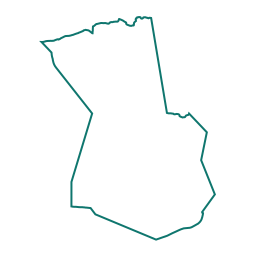 Naranjito, Santa Bárbara, Honduras (Mercator projection), rotated 271°
{"feature_id": "27666195B85306984826486", "entity_name": "Naranjito", "entity_type": "district", "adm_level": 2, "iso_a3": "HND", "parent_name": "Honduras", "parent_adm1": "Santa Bárbara", "projection": "mercator", "projection_center": [-88.571, 14.974], "detail": "fine", "context": "isolated", "style": "outline", "palette": "teal", "viewbox_px": 256, "rotation_deg": 271, "n_neighbors": 0, "source": "geoboundaries", "source_scale": "gbopen_adm2", "svg_char_len": 5082}
<svg xmlns="http://www.w3.org/2000/svg" viewBox="0 0 256 256"><g transform="rotate(271 128 128)"><path d="M97.1,201.7L125.1,206.9L143.5,188.8L143.1,188.7L142.7,188.5L142.4,188.3L142.3,188.2L142.2,188.1L142.1,187.9L142.1,187.7L142.0,187.4L141.9,187.1L141.6,186.1L141.4,185.8L141.1,185.6L140.7,185.3L140.4,185.1L140.1,184.9L139.9,184.7L139.8,184.4L139.7,183.7L139.7,183.2L139.5,182.3L140.1,180.9L140.1,180.6L140.4,180.0L140.8,179.4L141.5,179.3L142.0,179.1L142.5,178.6L142.8,177.7L142.9,176.3L142.7,175.4L142.5,174.6L142.6,173.7L143.0,173.1L143.2,172.7L143.2,171.8L143.4,170.7L143.4,168.9L143.4,168.3L143.5,167.8L143.7,166.7L143.8,166.6L144.1,166.6L238.4,149.2L238.5,148.7L238.5,148.1L238.6,147.8L238.5,147.5L238.5,147.4L238.5,147.2L238.4,147.1L238.2,146.5L238.1,146.4L238.2,146.1L238.3,145.8L238.4,145.6L238.5,145.4L238.6,145.1L238.6,144.9L238.6,144.5L238.7,144.3L238.8,144.2L238.9,143.9L238.9,143.7L239.0,143.5L239.0,143.1L239.0,142.7L239.0,142.2L238.9,142.0L238.9,141.8L238.8,141.6L238.7,141.5L238.7,141.4L238.4,141.2L238.2,141.1L238.0,140.8L237.8,140.6L237.7,140.4L237.6,140.1L237.6,139.8L237.6,139.7L237.8,139.2L238.1,138.9L238.3,138.7L238.6,138.6L238.8,138.6L239.0,138.3L239.0,138.2L239.1,137.9L239.1,137.7L239.1,137.3L239.1,136.9L239.0,136.3L238.9,135.9L238.8,135.4L238.7,135.4L238.7,135.2L238.1,134.7L237.9,134.6L237.8,134.3L237.7,134.3L237.7,134.2L237.4,134.0L237.2,133.9L236.9,133.8L236.6,133.8L236.3,133.9L236.0,134.0L235.6,134.0L235.2,134.1L235.0,133.8L234.7,133.5L234.1,132.9L233.7,132.5L233.5,132.4L233.3,132.3L233.1,132.2L232.9,132.2L232.7,132.2L232.3,132.1L232.0,132.1L231.5,132.1L231.2,132.1L230.9,132.0L230.7,131.9L230.6,131.7L230.7,131.4L230.7,131.1L230.7,130.9L230.5,130.5L230.3,129.9L230.2,129.6L230.2,129.4L230.2,129.1L230.2,128.7L230.3,128.3L230.3,128.0L230.5,127.5L231.3,125.3L231.4,125.2L231.5,125.0L231.6,124.8L231.7,124.7L231.8,124.6L232.0,124.5L232.2,124.4L232.5,124.3L232.8,124.3L233.1,124.3L233.3,124.3L233.4,124.2L233.5,124.1L233.6,123.9L233.8,123.7L234.1,122.9L234.3,122.6L234.5,122.3L234.9,121.7L235.1,121.4L235.2,121.2L235.4,120.9L236.1,119.3L236.5,118.2L236.7,117.7L236.8,117.4L236.8,117.2L236.7,117.1L236.4,117.0L235.6,116.8L235.4,116.7L235.1,116.6L234.8,116.4L234.7,116.3L234.6,116.2L234.4,116.0L234.3,115.9L234.3,115.7L234.2,115.5L234.1,115.2L234.1,114.9L234.2,114.5L234.2,114.2L234.1,113.4L234.0,112.8L234.0,112.3L233.9,111.8L233.9,111.6L233.8,111.4L233.7,111.2L233.6,110.7L233.6,110.2L233.6,109.7L233.6,109.4L233.5,109.1L233.5,108.9L233.4,108.6L233.2,108.3L233.2,108.2L233.0,107.9L232.9,107.9L232.6,107.7L232.4,107.5L232.3,107.4L232.2,107.2L232.0,106.8L232.0,106.7L232.0,106.0L232.1,105.4L232.4,104.2L232.5,103.9L232.5,103.5L232.5,103.2L232.5,102.8L232.5,102.6L232.5,102.2L232.4,102.0L232.5,100.6L232.5,99.4L232.5,99.1L231.4,94.9L231.4,94.6L231.2,94.3L231.1,94.1L230.9,93.9L230.5,93.4L230.2,93.2L229.8,92.7L229.5,92.3L229.3,92.0L229.1,91.6L228.9,91.2L226.6,91.1L224.9,91.1L223.3,90.9L222.1,90.9L222.1,90.7L222.3,90.4L223.0,89.5L224.2,87.9L224.4,87.7L224.5,87.5L224.8,87.0L224.8,86.9L224.9,86.7L225.0,86.4L225.2,84.9L225.4,83.9L225.0,82.6L224.8,82.0L224.8,81.9L224.7,81.8L224.6,81.7L224.4,81.6L224.2,81.3L223.9,80.8L223.8,80.4L223.2,79.1L222.7,77.9L222.6,77.5L222.2,76.8L222.0,76.5L221.9,76.0L221.8,75.7L221.7,75.4L221.6,75.1L221.1,73.7L220.5,72.2L220.3,71.8L220.2,71.5L220.0,70.6L219.4,68.8L219.3,68.2L219.2,67.9L219.1,67.5L219.1,67.2L219.0,66.5L219.0,65.8L218.9,64.9L218.9,64.4L218.9,64.2L218.7,63.7L218.5,63.0L217.9,62.0L217.3,60.8L216.8,59.8L216.5,59.2L216.1,58.8L216.0,58.6L215.9,58.4L215.6,57.9L215.5,57.6L215.4,57.4L215.4,57.1L215.3,56.9L215.5,56.7L215.5,56.3L215.4,56.0L215.3,55.4L215.1,55.0L215.0,54.7L214.8,54.1L214.5,53.4L214.2,52.9L214.0,52.1L213.9,51.8L213.9,51.7L213.9,51.3L213.9,51.1L213.8,50.8L213.8,50.4L213.8,50.0L213.8,49.7L213.8,49.2L213.8,48.9L213.8,48.6L213.7,47.9L213.7,47.6L213.7,46.9L213.6,46.1L213.6,45.7L213.5,45.3L213.4,44.6L213.2,44.0L213.2,43.8L213.1,43.6L213.0,43.4L212.8,42.6L212.6,41.9L212.6,41.6L212.5,41.2L212.5,40.9L212.5,40.5L212.5,40.0L202.1,50.2L199.5,50.5L198.6,50.7L197.7,50.9L197.0,51.1L196.4,51.3L195.4,51.6L194.9,51.6L194.1,51.8L192.9,52.1L191.8,52.4L190.8,52.8L189.9,53.2L189.4,53.5L188.5,54.0L186.8,55.3L141.9,91.9L73.1,72.4L48.6,72.8L48.4,74.0L48.3,74.5L48.3,74.9L48.3,75.9L48.3,76.7L48.3,77.4L48.2,78.3L48.1,79.6L48.0,80.4L48.0,81.1L48.0,81.8L48.0,83.1L48.0,84.0L47.9,84.5L47.9,85.4L47.7,86.9L47.7,87.5L47.3,92.0L41.1,96.9L16.9,158.0L21.0,169.2L22.3,171.7L23.6,174.2L24.5,176.1L25.4,178.0L27.0,181.3L27.3,182.0L27.7,182.9L28.3,184.6L28.6,185.3L28.6,185.5L28.7,186.1L29.0,188.8L29.2,190.5L29.2,190.8L29.3,191.4L29.4,191.9L29.6,192.4L29.7,192.8L29.8,193.1L30.0,193.5L30.5,194.4L31.0,195.3L32.1,197.2L32.7,198.2L33.0,198.7L33.4,199.5L33.7,199.8L34.0,200.2L34.6,200.8L35.0,201.2L35.3,201.5L35.7,201.8L36.0,202.0L36.3,202.2L36.8,202.6L37.3,202.8L37.7,203.0L38.2,203.2L39.3,203.5L40.2,203.8L41.7,204.1L42.5,204.3L43.3,204.4L43.9,204.5L44.1,204.5L44.2,204.4L44.3,204.4L44.4,204.2L44.4,203.9L44.5,203.8L45.1,203.6L45.3,203.6L63.1,216.0L97.1,201.7Z" fill="none" stroke="#0f766e" stroke-width="2"/></g></svg>